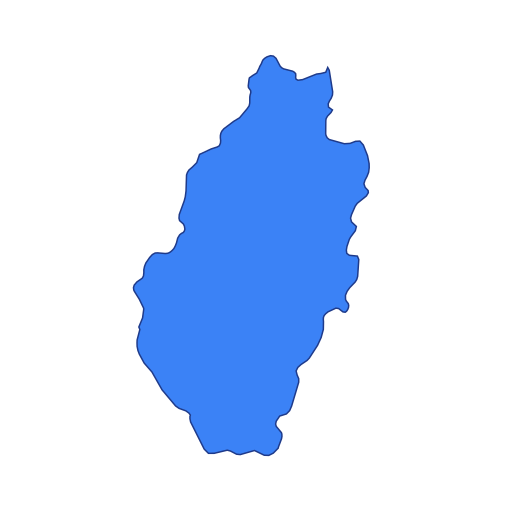 Meuse, orthographic projection, rotated 20°
{"feature_id": "FRA-5326", "entity_name": "Meuse", "entity_type": "Metropolitan department", "adm_level": 1, "iso_a3": "FRA", "parent_name": "France", "parent_adm1": "", "projection": "orthographic", "projection_center": [5.366, 49.01], "detail": "fine", "context": "isolated", "style": "filled", "palette": "blue", "viewbox_px": 512, "rotation_deg": 20, "n_neighbors": 0, "source": "natural_earth", "source_scale": "10m", "svg_char_len": 2863}
<svg xmlns="http://www.w3.org/2000/svg" viewBox="0 0 512 512"><g transform="rotate(20 256 256)"><path d="M258.9,54.3L261.3,56.4L271.9,75.5L272.8,78.6L272.7,82.1L272.0,85.3L271.8,88.3L273.2,91.3L277.9,92.6L277.4,95.5L275.4,100.0L274.9,102.9L275.3,104.9L279.6,117.1L280.4,118.6L282.5,120.6L285.0,121.5L300.6,120.3L305.9,118.0L310.3,114.2L314.3,112.5L318.9,115.0L326.5,123.6L330.7,130.5L332.2,134.4L333.2,138.8L333.1,143.3L332.5,147.5L332.7,151.2L335.1,154.2L339.0,156.2L339.9,158.1L339.2,161.8L333.1,171.9L332.2,175.2L331.6,184.4L331.9,188.1L334.1,191.3L340.2,193.9L340.7,198.3L338.5,205.6L338.0,208.3L338.2,215.9L338.9,219.6L340.4,222.5L343.5,223.4L351.3,221.4L353.8,224.2L358.5,240.4L358.7,243.6L358.1,246.5L354.9,253.7L353.7,258.0L353.5,262.3L355.0,266.2L356.2,267.4L359.0,269.2L360.0,270.7L360.5,272.6L360.5,274.8L360.0,276.9L359.1,278.3L356.8,278.8L351.6,277.1L348.9,277.7L342.8,283.8L341.2,286.5L340.4,288.7L340.4,290.8L341.0,292.7L341.9,294.7L344.4,302.0L345.1,310.3L344.4,318.9L341.0,333.7L339.7,336.7L335.4,342.6L333.4,346.4L333.0,350.3L335.3,353.7L338.1,356.7L339.3,360.0L340.8,384.9L340.5,389.8L338.6,394.0L333.0,398.3L331.5,404.3L331.9,407.2L333.3,409.2L340.3,413.3L341.2,414.5L342.1,416.7L342.5,419.1L342.4,427.8L342.6,428.9L339.7,435.3L336.2,439.0L331.9,440.4L321.1,439.3L309.1,448.0L305.5,448.9L298.6,448.0L295.4,448.3L284.2,455.7L278.8,457.7L273.4,455.2L251.3,434.3L249.6,431.5L248.8,429.3L248.8,428.4L248.7,427.9L246.6,426.5L243.0,425.5L235.8,425.5L231.7,424.4L213.5,413.9L197.9,400.6L187.6,394.9L179.9,388.1L177.4,385.2L175.2,381.6L173.9,378.3L173.0,375.5L172.0,364.8L170.2,362.8L170.6,353.0L168.8,344.8L168.3,343.5L161.1,336.5L153.8,330.8L152.8,329.8L151.7,327.7L151.5,325.0L153.0,321.0L156.7,315.8L157.1,313.3L156.3,310.0L155.3,307.3L154.8,303.9L154.9,300.2L156.6,293.7L158.1,290.1L160.2,287.7L162.5,286.7L169.9,284.7L171.8,283.8L173.0,282.9L174.3,281.3L175.4,279.3L176.3,277.1L176.7,274.3L176.8,270.9L176.3,266.0L177.0,262.3L178.1,260.4L178.9,259.5L179.3,259.2L179.6,258.7L180.1,257.3L180.0,255.1L178.4,252.3L176.7,250.7L172.1,248.9L170.7,246.8L169.7,243.2L169.7,228.7L169.3,224.6L168.0,218.8L163.0,203.6L163.0,200.9L163.6,198.1L165.8,194.2L168.4,188.6L168.2,179.8L177.3,170.7L182.3,166.8L183.8,165.0L184.0,162.1L183.3,159.6L182.1,157.2L181.3,154.9L181.0,152.7L181.2,150.4L182.3,147.4L188.9,137.2L193.3,131.7L197.3,120.7L198.2,117.2L197.8,114.4L195.8,108.7L195.4,106.7L195.3,105.1L195.1,103.8L194.3,102.3L191.3,100.3L190.5,98.7L189.0,92.2L188.9,91.2L188.9,90.7L189.7,89.7L191.0,87.7L194.1,83.8L194.7,78.3L194.7,76.6L195.2,73.9L195.3,72.5L195.3,71.1L195.5,69.4L196.5,67.3L198.2,65.1L201.1,62.8L204.0,62.2L207.2,63.4L213.7,69.3L215.7,70.3L217.9,70.7L227.3,69.8L229.2,70.2L230.9,71.1L231.7,72.9L232.2,74.7L233.1,76.1L235.3,76.5L239.5,74.3L250.7,64.3L254.4,62.4L258.7,59.5L258.9,54.3Z" fill="#3b82f6" stroke="#1e3a8a" stroke-width="1.5"/></g></svg>